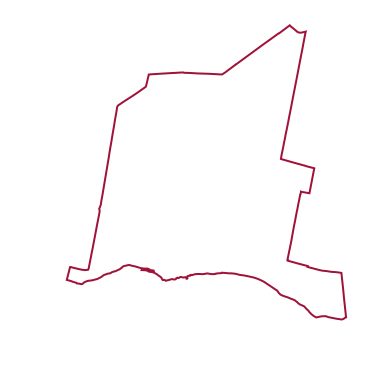 outline of Costinesti, Constanta, Romania, rotated 81°
{"feature_id": "2599482B66221023435885", "entity_name": "Costinesti", "entity_type": "district", "adm_level": 2, "iso_a3": "ROU", "parent_name": "Romania", "parent_adm1": "Constanta", "projection": "mercator", "projection_center": [28.629, 43.947], "detail": "fine", "context": "isolated", "style": "outline", "palette": "rose", "viewbox_px": 384, "rotation_deg": 81, "n_neighbors": 0, "source": "geoboundaries", "source_scale": "gbopen_adm2", "svg_char_len": 5538}
<svg xmlns="http://www.w3.org/2000/svg" viewBox="0 0 384 384"><g transform="rotate(81 192 192)"><path d="M339.9,59.4L338.6,59.4L333.2,59.1L319.2,58.4L313.4,58.0L313.2,58.0L295.3,57.1L295.2,57.3L293.7,62.2L293.3,64.1L293.2,64.4L292.9,65.8L292.7,66.7L292.0,68.9L291.3,71.0L291.2,71.2L291.1,71.8L290.3,74.8L290.1,75.5L289.3,77.7L284.1,89.6L283.3,89.2L282.0,92.1L281.1,94.2L279.0,99.0L277.5,102.3L276.3,104.9L275.4,106.9L274.9,108.0L274.4,107.8L274.2,108.2L274.1,108.4L255.5,101.4L255.3,101.4L249.9,99.5L244.5,97.6L240.3,96.1L235.8,94.4L232.3,93.2L231.7,93.0L230.2,92.4L227.0,91.3L226.2,90.9L221.1,89.1L217.7,87.8L214.7,86.7L212.5,85.9L211.3,85.5L211.2,85.2L210.1,84.8L209.2,84.4L208.7,84.3L208.9,84.0L211.6,76.2L193.4,69.6L187.7,67.5L184.4,75.1L183.9,75.9L181.7,80.8L176.2,92.8L173.3,99.0L168.7,97.5L166.5,96.6L165.8,96.4L164.7,95.9L163.0,95.3L160.8,94.5L159.8,94.1L159.0,93.9L158.5,93.7L156.4,92.9L154.9,92.3L154.3,92.1L153.0,91.6L151.9,91.2L150.6,90.8L149.9,90.5L147.9,89.8L146.7,89.3L145.7,88.9L144.8,88.6L143.7,88.2L142.7,87.8L141.1,87.2L140.1,86.9L139.7,86.7L139.1,86.5L138.9,86.4L137.6,85.9L134.7,84.9L129.3,82.9L125.2,81.4L120.5,79.7L100.2,72.3L100.0,72.2L76.7,63.8L68.8,60.9L64.6,59.4L63.7,59.1L52.1,54.9L51.4,54.6L51.5,55.5L51.7,59.4L51.3,61.4L50.2,63.0L48.3,64.6L45.9,66.7L43.6,68.8L43.2,69.1L42.7,69.4L48.3,80.0L49.0,81.3L48.9,81.7L58.4,100.5L73.3,129.4L73.2,129.4L78.4,139.2L79.0,140.3L80.6,143.9L80.5,144.4L80.3,145.6L78.0,156.2L75.8,167.7L74.1,175.5L73.0,181.2L72.5,182.1L70.5,201.9L69.5,212.4L69.2,216.3L79.5,220.5L80.8,221.2L82.0,223.5L86.1,231.9L89.6,239.7L89.6,239.8L92.6,246.5L94.3,250.0L94.8,251.2L95.5,252.0L96.4,252.6L103.3,254.9L108.2,256.6L115.5,259.0L121.6,261.1L129.8,263.8L135.0,265.6L140.7,267.5L144.5,268.7L149.9,270.5L160.6,274.1L174.9,278.9L179.1,280.3L183.8,281.9L183.9,282.0L188.4,283.5L189.9,283.9L190.6,284.2L194.1,286.3L194.2,286.2L196.0,286.1L198.7,286.9L209.6,290.9L218.0,293.9L221.1,295.0L225.2,296.5L232.5,299.1L237.5,301.0L238.7,301.4L251.3,306.0L252.5,306.7L252.5,309.2L252.3,310.5L251.3,313.5L250.1,316.7L247.4,323.0L247.1,323.6L247.1,324.2L259.2,329.4L259.3,329.1L259.8,328.2L260.5,326.6L261.2,325.1L261.9,324.0L262.5,322.8L263.1,321.5L263.6,320.5L263.6,320.4L264.3,320.0L264.5,319.1L264.7,318.4L264.8,317.9L265.0,317.4L265.5,316.4L265.7,315.5L265.8,315.0L265.6,314.5L265.2,313.8L264.5,312.8L264.1,311.7L263.7,310.1L263.5,309.0L263.5,307.8L263.5,307.5L263.6,305.7L263.6,303.5L263.3,301.6L263.2,299.8L262.9,298.4L262.3,296.6L261.8,295.0L261.2,294.0L261.1,293.8L260.5,292.6L260.1,291.4L259.9,289.9L259.8,289.5L259.7,289.2L259.6,288.7L259.4,287.1L259.5,286.1L259.5,285.3L258.8,284.0L258.5,282.6L258.3,281.4L258.3,280.2L257.8,278.4L257.6,277.7L257.2,276.3L256.6,274.6L256.4,274.4L255.9,273.4L254.8,271.9L254.4,270.0L254.4,268.9L254.4,268.5L254.2,266.5L254.4,265.0L255.1,263.7L255.7,262.1L256.7,259.6L257.5,257.9L258.1,256.7L258.7,255.5L259.0,254.8L259.5,253.6L259.6,252.9L259.7,252.7L260.1,251.7L260.2,250.9L260.4,249.7L260.5,248.7L260.9,247.6L261.4,246.7L262.1,245.9L262.5,245.4L262.8,245.0L262.9,244.4L263.1,243.6L263.3,243.2L263.5,242.4L263.6,242.2L264.0,242.1L264.1,242.8L264.1,243.6L263.9,243.7L263.7,243.8L263.6,244.5L263.6,245.0L263.4,245.1L263.2,245.1L263.0,245.4L263.0,245.6L263.0,246.4L263.0,246.5L262.7,246.6L262.6,246.8L262.6,247.2L262.5,247.4L262.1,247.4L262.0,247.6L262.0,248.0L262.1,249.2L262.0,249.3L261.7,249.4L261.5,249.5L261.5,250.3L261.5,250.6L261.3,250.7L261.1,250.7L260.9,250.8L260.9,251.0L260.9,251.3L260.9,252.6L261.0,253.9L261.2,254.0L261.3,253.4L261.6,252.2L261.8,251.4L261.9,250.6L262.2,249.7L262.7,248.5L263.2,247.8L263.8,247.2L264.2,246.2L264.6,244.8L264.8,244.0L265.7,242.2L266.6,241.0L267.8,239.5L269.1,238.4L269.6,237.8L270.5,236.8L271.3,236.1L272.2,235.5L273.5,235.1L274.1,234.9L274.3,234.8L274.3,234.7L274.4,234.1L274.5,233.0L274.9,232.4L275.5,231.9L275.5,231.2L275.4,230.3L275.3,228.8L275.1,227.4L274.9,225.9L275.0,225.0L275.2,224.4L275.5,223.8L275.7,223.1L275.7,222.6L275.6,222.0L275.4,221.5L275.0,221.2L274.7,221.0L274.7,220.6L274.7,220.0L274.4,219.8L274.5,219.6L274.7,219.4L274.8,219.1L274.9,218.5L274.5,217.8L274.2,217.0L274.1,216.2L274.4,215.7L274.8,214.9L275.1,214.0L275.1,212.9L275.1,211.9L275.4,211.2L276.3,211.1L276.8,211.0L276.8,210.9L276.8,210.7L276.8,210.2L276.5,210.0L275.9,210.2L275.3,210.2L275.2,209.9L274.5,209.7L274.4,209.5L274.3,208.2L274.4,207.4L274.3,206.8L274.1,206.7L273.7,206.6L273.7,205.8L273.9,205.6L274.1,204.9L273.7,202.5L273.7,200.2L274.2,197.0L274.7,195.2L274.9,192.7L274.8,191.2L274.8,189.7L275.5,187.5L276.1,185.8L276.2,185.4L276.5,183.7L276.6,181.9L276.6,181.5L276.4,181.4L276.3,181.0L276.4,179.3L276.7,175.9L276.7,175.3L276.7,175.1L276.4,174.9L276.5,174.6L277.3,171.3L278.1,168.4L278.5,165.9L278.6,165.5L278.8,164.7L279.6,161.7L281.3,157.9L281.4,157.6L282.3,154.6L282.6,153.5L284.5,148.5L286.2,144.2L288.1,140.6L290.1,137.5L291.8,135.1L292.0,134.9L294.7,132.0L302.6,123.5L302.6,123.4L304.0,122.7L305.5,121.9L306.4,121.2L306.8,121.0L307.3,120.5L308.3,119.1L309.9,116.2L311.1,113.8L311.7,112.8L312.3,112.0L313.3,110.2L313.5,109.8L314.9,107.6L316.7,105.8L318.9,104.1L320.2,102.7L321.1,101.1L321.5,100.7L321.9,99.9L322.7,98.9L323.3,98.6L325.3,97.3L327.2,95.8L327.6,95.5L328.8,95.0L329.4,94.5L330.4,93.8L331.1,93.4L332.6,92.0L333.7,91.0L333.8,90.9L334.5,89.9L335.3,88.9L335.3,88.0L335.1,84.7L335.1,83.6L335.1,82.9L335.4,80.3L335.8,78.8L336.6,77.5L337.1,76.4L338.2,73.4L338.4,72.9L339.7,69.3L340.3,67.4L341.0,65.2L341.3,64.3L341.3,64.1L341.2,62.7L340.7,61.5L340.1,60.4L339.9,59.4Z" fill="none" stroke="#9f1239" stroke-width="2"/></g></svg>